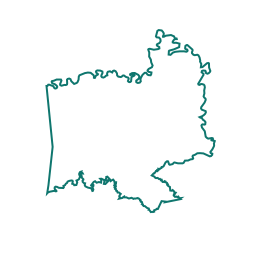 outline of Sayaxché, Petén, Guatemala, rotated 76°
{"feature_id": "79465075B52336301108850", "entity_name": "Sayaxché", "entity_type": "district", "adm_level": 2, "iso_a3": "GTM", "parent_name": "Guatemala", "parent_adm1": "Petén", "projection": "natural_earth1", "projection_center": [-90.182, 16.297], "detail": "fine", "context": "isolated", "style": "outline", "palette": "teal", "viewbox_px": 256, "rotation_deg": 76, "n_neighbors": 0, "source": "geoboundaries", "source_scale": "gbopen_adm2", "svg_char_len": 5757}
<svg xmlns="http://www.w3.org/2000/svg" viewBox="0 0 256 256"><g transform="rotate(76 128 128)"><path d="M128.1,205.7L164.2,219.0L171.8,222.2L171.2,221.3L170.9,219.3L171.1,214.8L172.0,213.4L172.0,212.8L171.5,212.7L169.8,213.7L168.7,213.8L167.8,213.4L167.4,212.5L167.9,211.2L169.3,209.6L170.6,205.3L170.0,204.6L168.6,204.7L168.2,202.9L167.0,201.8L166.6,200.5L165.4,199.6L165.1,197.8L165.2,195.6L165.7,194.6L166.6,194.5L168.6,195.6L169.3,194.4L170.5,194.0L170.8,191.9L168.4,190.4L166.5,190.7L166.1,188.5L165.7,187.9L163.6,186.3L161.3,186.6L160.3,186.3L159.1,185.1L159.0,183.7L159.9,184.2L160.6,183.1L161.3,182.9L160.8,185.1L161.3,185.8L163.5,184.5L164.9,184.9L166.9,183.7L167.4,183.8L168.0,184.8L169.3,185.0L170.8,184.1L171.3,183.0L172.8,183.8L174.3,183.5L176.2,181.2L177.6,178.2L180.5,177.8L180.5,177.3L179.3,176.5L176.9,176.8L175.9,175.6L174.9,175.3L174.2,175.9L174.4,176.6L175.3,177.0L175.2,177.5L174.7,177.7L172.0,174.3L171.7,172.8L173.5,171.7L173.4,169.3L174.5,167.3L172.0,166.5L170.6,167.2L170.8,166.0L172.5,164.0L173.8,163.7L176.4,164.9L176.9,163.5L174.6,159.8L173.8,160.0L173.6,162.3L172.9,162.5L171.3,161.2L170.2,160.9L170.2,159.8L173.6,157.9L175.3,157.7L174.5,155.4L174.5,154.8L176.5,154.1L178.1,154.3L178.2,153.8L177.7,153.3L177.8,152.7L179.0,153.1L179.2,153.9L180.3,155.3L180.6,155.2L180.3,154.7L180.6,153.8L181.8,153.9L182.4,155.3L183.6,154.6L184.0,155.3L185.2,154.5L186.1,154.6L186.4,153.9L188.1,153.7L188.3,152.5L190.2,151.0L191.4,152.5L192.1,153.0L193.2,152.6L194.4,153.8L194.5,150.1L193.9,149.5L193.6,148.3L194.2,148.4L194.6,147.9L194.8,146.5L196.6,144.2L196.6,141.4L198.1,139.8L197.9,139.1L198.3,137.9L198.3,135.5L198.7,135.4L199.3,134.3L200.6,133.6L201.1,133.8L201.3,133.2L202.7,133.4L203.2,132.4L205.0,132.3L205.3,132.8L206.0,132.1L206.4,132.3L207.5,131.7L207.9,130.5L210.2,128.8L211.2,127.3L212.2,127.7L212.2,127.3L215.1,126.2L215.2,124.6L215.6,124.1L215.5,122.8L214.2,122.6L213.8,120.0L213.4,119.7L213.8,118.6L207.1,113.1L208.6,109.1L209.0,109.6L209.7,94.6L209.3,95.0L208.8,93.7L208.6,95.1L206.7,95.8L207.1,96.8L206.3,97.5L206.2,99.0L204.6,100.0L203.4,99.5L203.1,98.8L203.4,98.6L202.3,97.4L201.7,98.6L200.7,98.6L199.0,99.7L199.5,100.6L198.9,102.1L195.3,101.6L194.1,102.9L192.8,103.7L192.3,103.7L192.2,103.0L190.6,103.5L189.7,104.9L189.0,104.6L188.4,105.4L189.0,106.3L188.7,107.5L187.4,107.8L186.9,108.6L186.2,108.0L185.7,109.0L185.1,109.3L185.0,110.3L183.6,111.3L183.4,113.0L182.5,113.9L181.7,114.0L179.8,116.4L178.5,114.5L178.4,113.7L178.1,113.6L178.0,112.8L176.5,111.3L176.9,110.2L175.9,109.9L176.4,108.8L175.8,108.2L175.0,108.3L175.5,107.1L175.0,106.4L174.9,105.2L174.0,104.8L174.1,103.6L173.7,102.7L170.5,99.9L169.7,98.1L170.1,97.2L173.2,96.9L173.8,96.3L173.8,93.4L172.8,92.0L172.7,91.2L174.3,88.2L175.5,83.6L175.3,82.5L173.4,80.6L174.1,77.6L173.6,75.0L173.8,72.8L173.2,72.1L171.3,72.3L170.5,71.8L170.1,69.1L169.3,66.9L169.8,64.3L170.9,61.0L175.3,55.5L175.3,54.2L174.4,52.8L173.3,52.4L172.3,53.8L171.2,53.9L169.1,51.3L166.6,49.1L165.6,48.6L163.9,48.4L161.7,47.0L160.1,50.0L159.3,49.8L159.2,48.2L158.4,48.3L158.0,49.1L157.7,52.8L156.6,53.9L155.2,54.7L149.7,54.3L145.4,56.1L143.3,56.1L142.7,55.5L142.5,54.7L143.2,53.1L143.1,52.2L141.1,51.4L139.4,52.1L138.0,53.4L136.3,53.8L135.4,55.4L134.8,55.9L134.5,53.2L133.8,51.3L132.9,49.7L131.5,48.6L130.4,48.6L128.1,51.9L126.8,52.4L125.5,51.9L121.8,47.5L119.5,45.8L118.3,45.7L116.8,46.7L115.6,47.0L112.9,45.5L110.0,45.0L107.1,43.6L105.2,43.5L104.2,44.0L103.2,45.7L103.0,46.7L103.5,48.0L103.3,48.5L102.9,49.1L102.1,49.2L94.7,41.9L93.7,41.7L91.7,43.1L90.6,42.5L90.4,41.2L91.1,39.2L91.8,38.9L93.3,39.2L94.5,37.9L94.4,36.6L93.5,35.0L92.6,34.3L89.0,34.7L84.9,33.8L84.3,34.4L84.3,35.7L86.9,41.0L86.7,42.6L83.6,41.4L81.0,42.0L80.0,41.6L76.9,41.5L74.5,42.1L73.7,43.0L73.5,45.6L72.8,46.8L70.9,47.8L69.9,47.6L68.5,46.6L67.5,46.5L61.9,50.3L61.7,51.1L62.2,52.4L64.4,53.3L65.3,53.1L66.2,51.6L67.1,51.4L67.9,51.9L68.1,53.0L67.1,55.2L66.1,59.5L65.5,63.6L65.7,66.2L67.3,69.0L66.6,70.8L63.2,69.7L62.9,69.2L62.8,64.5L61.9,58.8L58.6,57.6L56.9,60.7L56.5,62.9L55.8,63.9L55.0,63.7L53.7,62.3L53.1,61.2L53.5,59.2L52.9,59.2L52.3,60.8L50.2,61.2L48.2,63.8L47.6,69.0L48.1,70.9L48.0,71.9L47.4,71.9L46.3,70.9L44.8,70.4L43.3,70.8L41.5,71.7L40.4,74.5L40.9,76.0L45.8,78.7L46.9,78.3L47.8,76.0L49.6,75.1L51.5,75.3L52.6,76.2L53.2,77.1L53.7,79.4L54.4,80.0L55.3,79.8L57.0,78.1L58.4,78.3L58.7,79.7L58.3,84.0L56.4,87.7L56.4,89.0L56.8,89.4L59.9,89.1L63.9,90.2L67.2,89.3L70.0,89.6L73.3,89.0L74.8,90.1L75.7,93.7L76.8,95.1L77.5,95.1L78.6,94.2L79.8,91.8L81.5,92.5L82.3,93.3L81.8,95.0L81.0,96.1L78.8,97.1L78.5,98.5L80.0,101.1L82.5,103.4L84.0,104.2L85.8,104.3L86.8,105.6L86.7,107.5L85.8,108.7L85.3,108.9L84.0,108.5L82.6,105.4L80.5,104.5L78.9,105.2L76.3,108.1L75.7,110.6L76.3,112.9L76.9,113.1L77.2,112.8L77.1,109.8L77.7,109.0L78.4,108.9L78.8,109.5L79.4,112.3L83.4,113.7L83.9,114.6L83.8,115.6L83.3,116.3L82.4,116.7L80.4,115.4L79.2,115.6L78.0,117.6L76.0,119.3L75.9,120.4L76.7,121.8L76.8,122.7L75.8,125.0L74.4,125.8L72.3,125.5L69.9,126.3L68.9,127.6L69.0,128.7L70.3,129.9L68.6,131.8L68.6,133.9L69.2,134.6L70.4,135.2L71.9,135.3L72.0,136.9L72.9,138.3L73.1,139.7L72.4,141.0L71.4,141.4L70.5,141.1L68.4,139.4L67.0,139.2L65.6,141.0L64.7,143.9L65.0,145.0L65.5,145.4L66.6,145.4L68.5,144.1L68.9,144.4L69.4,146.4L71.4,148.1L71.0,148.9L69.4,148.5L68.3,148.7L65.4,150.9L64.5,153.5L64.3,156.5L65.1,162.3L66.2,163.3L69.2,164.3L71.4,166.0L71.9,167.0L72.2,169.6L68.9,171.7L66.7,172.0L65.8,173.1L65.8,174.7L66.4,175.5L69.9,176.2L71.0,176.7L71.3,177.9L70.8,179.3L70.9,182.2L70.1,183.3L69.0,183.3L65.9,181.1L64.8,181.3L63.7,185.5L64.2,188.5L64.1,190.4L64.7,190.9L66.2,190.7L67.9,188.3L69.8,186.9L71.0,186.7L72.1,187.7L72.1,189.1L71.4,189.8L69.3,190.4L66.9,194.0L66.7,194.9L67.7,196.0L67.5,196.9L128.1,205.7Z" fill="none" stroke="#0f766e" stroke-width="2"/></g></svg>